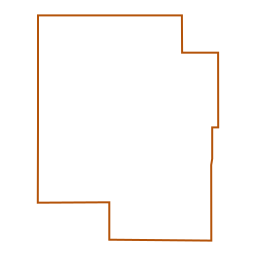 Marion, Kansas, United States of America
{"feature_id": "52423323B47340881619030", "entity_name": "Marion", "entity_type": "district", "adm_level": 2, "iso_a3": "USA", "parent_name": "United States of America", "parent_adm1": "Kansas", "projection": "equal_earth", "projection_center": [-97.068, 38.347], "detail": "fine", "context": "isolated", "style": "outline", "palette": "amber", "viewbox_px": 256, "rotation_deg": 0, "n_neighbors": 0, "source": "geoboundaries", "source_scale": "gbopen_adm2", "svg_char_len": 298}
<svg xmlns="http://www.w3.org/2000/svg" viewBox="0 0 256 256"><path d="M37.8,202.7L109.3,202.3L109.3,239.7L211.3,240.6L211.2,165.0L212.2,158.7L212.2,127.4L218.2,127.4L218.1,52.7L182.1,52.7L181.9,15.4L38.0,15.4L38.0,127.7L37.9,165.2L37.8,202.7Z" fill="none" stroke="#b45309" stroke-width="2"/></svg>